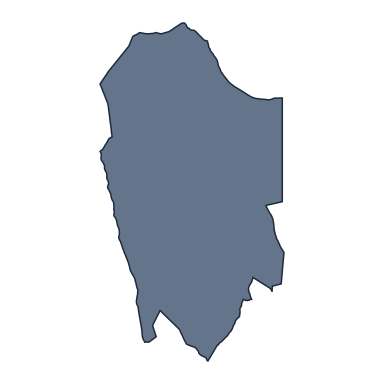 outline of Fafi, North-Eastern, Kenya
{"feature_id": "3690345B31550600225726", "entity_name": "Fafi", "entity_type": "district", "adm_level": 2, "iso_a3": "KEN", "parent_name": "Kenya", "parent_adm1": "North-Eastern", "projection": "equal_earth", "projection_center": [40.194, -0.782], "detail": "fine", "context": "isolated", "style": "filled", "palette": "slate", "viewbox_px": 384, "rotation_deg": 0, "n_neighbors": 0, "source": "geoboundaries", "source_scale": "gbopen_adm2", "svg_char_len": 5983}
<svg xmlns="http://www.w3.org/2000/svg" viewBox="0 0 384 384"><path d="M100.0,84.0L100.9,86.0L104.7,95.7L107.6,103.0L108.0,104.7L108.2,105.5L108.6,108.8L109.8,118.3L110.2,121.6L111.0,127.7L111.4,131.1L111.6,133.2L112.0,135.6L112.0,136.4L112.2,136.8L111.8,137.1L110.9,137.4L110.5,137.9L110.1,138.2L109.5,138.3L109.0,138.5L108.7,139.0L108.4,139.8L107.6,141.1L106.7,142.9L105.5,144.5L102.9,149.0L102.4,149.6L101.8,150.0L100.8,150.7L100.1,151.5L100.6,152.3L100.8,152.9L101.1,153.9L101.2,154.4L101.3,156.2L101.0,157.6L101.0,158.4L101.1,159.1L101.2,159.7L101.5,160.5L101.8,160.9L102.2,161.3L102.4,161.5L103.4,163.2L104.2,164.9L104.4,165.6L104.5,166.0L104.5,166.8L104.5,168.4L104.6,169.0L104.9,169.8L105.5,171.0L105.9,171.6L106.1,172.0L106.3,172.5L106.6,173.2L106.7,174.0L106.9,175.0L106.8,177.8L106.9,178.7L107.1,179.2L107.7,180.1L108.1,180.9L108.4,182.1L108.5,183.0L108.5,183.7L108.3,184.6L107.7,186.2L107.6,186.5L107.6,186.9L107.7,187.6L107.9,188.3L108.5,189.2L109.0,190.3L109.6,191.5L110.2,192.7L110.6,193.7L110.8,194.6L111.4,197.8L111.9,199.3L112.3,200.2L112.8,200.9L113.2,201.7L113.6,202.7L113.7,203.8L113.9,205.4L114.0,207.4L113.8,208.3L113.9,210.2L114.1,211.2L114.2,211.7L114.3,212.0L114.2,212.9L114.0,213.8L113.9,214.5L113.9,215.1L114.0,215.6L114.2,216.4L114.9,217.1L115.4,217.8L116.1,219.3L116.4,220.1L116.6,220.9L116.9,221.9L117.1,223.7L117.4,224.9L117.9,226.4L118.5,227.5L118.7,228.2L119.0,229.2L119.2,229.9L119.4,232.1L119.4,232.8L119.4,233.7L119.3,234.5L118.7,237.4L118.7,237.9L118.8,238.1L118.9,238.5L119.6,240.0L119.8,240.4L120.2,241.0L120.6,241.8L121.1,243.5L121.8,245.2L122.6,248.0L123.7,250.8L124.0,251.7L124.6,253.3L125.3,254.7L126.0,256.7L126.6,258.0L127.2,259.8L128.3,262.4L129.6,267.1L129.7,267.9L130.0,269.2L130.4,270.5L130.8,271.4L131.6,272.9L132.6,274.6L134.3,277.6L134.8,278.8L135.0,279.6L135.2,280.7L135.9,283.0L136.7,286.7L137.2,288.4L137.6,289.1L137.7,289.5L137.7,290.4L137.7,291.8L137.6,293.1L137.6,294.2L137.4,294.9L137.0,297.0L136.6,299.4L136.4,300.9L136.4,301.9L136.5,302.8L136.7,303.9L137.5,305.6L137.8,306.3L138.0,306.9L138.3,307.9L138.3,308.8L138.4,309.9L138.6,311.1L139.9,318.8L141.2,326.0L141.9,330.5L142.0,331.9L142.2,334.9L142.4,336.4L142.7,337.8L143.2,339.0L143.4,339.6L144.3,341.3L144.5,341.5L144.9,342.3L146.7,341.9L147.1,342.1L147.6,342.2L148.5,342.1L149.3,341.9L150.1,341.2L150.4,341.1L156.2,336.7L152.7,325.9L152.9,324.8L160.1,310.5L165.5,315.8L179.5,329.5L180.1,330.9L180.5,332.0L182.2,335.3L183.1,337.4L184.5,340.4L186.0,343.1L186.6,344.2L191.0,346.0L194.9,347.4L195.2,347.6L196.1,348.4L197.9,350.7L198.2,351.2L198.5,351.8L199.0,353.4L199.2,353.7L200.9,355.2L201.4,355.5L201.8,355.8L203.0,356.2L204.4,357.0L204.9,357.2L205.6,357.7L206.2,358.1L206.6,359.0L206.9,360.1L207.2,360.5L207.9,361.0L217.1,345.5L217.6,345.3L218.1,344.9L218.5,344.5L219.4,343.2L219.8,342.8L220.4,342.4L221.5,341.6L222.1,341.1L222.5,340.7L222.7,340.4L223.9,339.2L225.2,337.8L226.8,336.4L227.3,335.9L227.7,335.4L229.1,333.0L230.8,331.3L232.0,329.3L232.4,328.5L232.7,327.3L233.1,326.4L233.8,324.9L234.9,323.1L235.0,322.5L235.1,321.7L235.2,321.4L235.4,320.9L237.4,318.4L238.0,317.9L238.5,317.6L238.8,317.3L239.1,317.0L239.3,316.7L239.5,316.4L239.6,316.2L239.6,315.8L239.6,314.8L239.7,314.3L240.0,313.5L240.0,313.1L240.0,312.1L239.9,309.3L239.9,308.8L240.1,308.3L240.3,307.7L241.2,306.5L241.4,306.0L241.5,305.4L241.6,303.5L241.8,303.1L242.1,302.3L242.7,301.2L243.2,300.2L243.3,299.7L243.3,299.3L244.2,299.5L245.1,300.1L245.6,300.4L246.0,300.4L246.5,300.4L247.1,300.6L247.5,300.5L247.8,300.3L249.1,300.2L249.4,300.1L249.7,299.9L250.1,299.6L250.6,299.4L251.1,299.3L251.6,299.3L251.4,298.8L250.8,297.7L250.6,296.9L250.2,295.8L249.9,294.7L249.9,294.2L249.8,293.8L249.5,293.3L249.2,292.4L249.0,292.0L248.9,291.5L248.7,290.9L248.6,290.3L248.5,288.6L248.7,287.4L248.8,287.0L249.2,286.1L249.4,285.6L250.3,284.3L250.7,283.4L251.5,282.2L251.8,281.7L252.2,280.0L252.7,278.8L252.9,278.3L253.0,277.9L253.0,277.5L270.0,288.2L270.4,288.7L271.2,289.8L271.5,290.1L271.7,290.6L272.1,291.8L272.3,286.2L281.2,283.9L283.9,253.4L284.0,252.6L281.6,248.7L279.9,245.7L279.7,245.0L279.2,243.6L278.8,243.0L278.4,242.2L278.2,241.6L278.0,240.9L277.2,239.8L276.9,239.5L276.7,238.8L276.1,236.6L275.4,234.9L274.7,231.9L274.3,230.1L274.0,227.7L273.9,226.6L273.8,225.3L273.6,223.1L273.4,222.1L273.2,220.6L272.8,219.0L272.2,217.3L271.6,216.2L271.4,215.5L269.3,212.3L268.8,211.3L268.2,210.3L268.0,209.8L267.4,208.7L266.7,207.3L266.2,206.3L266.0,205.6L266.6,205.3L282.3,201.7L282.3,98.0L274.8,98.1L274.4,98.1L270.8,99.5L269.8,99.7L269.1,99.8L268.5,99.8L267.1,99.7L265.7,99.5L263.5,99.3L260.0,99.0L255.5,98.4L254.8,98.2L252.5,97.4L251.4,97.0L250.6,96.5L248.7,95.4L242.7,91.6L234.3,86.4L230.7,83.7L228.5,81.6L223.9,75.8L222.3,73.5L222.0,72.9L221.3,72.2L221.0,71.6L219.8,68.6L218.7,66.4L218.1,64.9L218.0,63.5L217.8,62.8L217.4,61.3L217.2,60.6L216.9,60.0L216.2,58.8L215.4,57.5L215.2,57.2L214.8,56.9L214.4,56.3L214.0,55.9L213.5,54.9L213.3,54.5L212.9,53.8L212.3,53.1L211.1,51.6L210.1,50.3L210.0,49.0L208.8,47.3L208.7,47.0L208.6,45.7L208.0,43.3L207.7,42.7L207.5,42.2L207.5,41.1L206.9,40.9L206.5,40.8L206.0,40.5L205.5,40.6L204.9,40.7L203.8,39.7L203.1,39.1L202.3,38.3L200.8,36.7L198.9,34.9L197.5,33.3L195.7,31.5L195.0,31.0L194.6,30.6L194.1,30.4L193.3,30.2L191.6,30.1L191.1,29.9L190.6,29.7L189.8,29.1L189.5,29.0L189.3,28.7L189.0,28.3L188.7,28.1L188.3,28.0L187.8,27.8L187.4,27.4L187.1,27.2L186.8,26.9L186.8,26.4L186.1,24.9L185.2,23.7L184.9,23.3L184.5,23.1L184.0,23.0L183.2,23.1L182.8,23.1L182.5,23.0L182.0,23.1L181.4,23.4L175.3,27.4L173.5,28.6L171.8,29.8L169.4,31.3L168.7,31.7L167.4,32.1L165.4,32.6L164.9,32.8L163.7,33.1L161.5,33.8L161.4,33.8L160.0,33.6L159.0,33.3L157.8,33.1L155.8,32.6L155.2,32.7L153.4,33.4L153.0,33.5L151.7,33.5L151.2,33.6L150.3,33.6L148.0,33.8L147.3,33.8L146.1,33.7L141.2,32.9L139.7,32.7L139.3,32.7L139.0,32.9L137.9,33.8L136.7,34.4L134.8,35.3L133.0,36.3L132.7,36.7L131.8,38.8L129.0,45.8L128.8,46.2L120.9,56.0L108.0,72.0L107.3,73.2L100.0,84.0Z" fill="#64748b" stroke="#1e293b" stroke-width="1.5"/></svg>